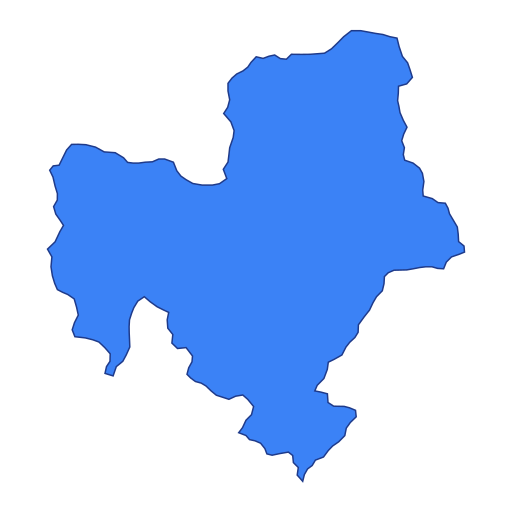 Coqueiral, Minas Gerais, Brazil
{"feature_id": "56859067B68228561117509", "entity_name": "Coqueiral", "entity_type": "district", "adm_level": 2, "iso_a3": "BRA", "parent_name": "Brazil", "parent_adm1": "Minas Gerais", "projection": "mercator", "projection_center": [-45.418, -21.178], "detail": "fine", "context": "isolated", "style": "filled", "palette": "blue", "viewbox_px": 512, "rotation_deg": 0, "n_neighbors": 0, "source": "geoboundaries", "source_scale": "gbopen_adm2", "svg_char_len": 2950}
<svg xmlns="http://www.w3.org/2000/svg" viewBox="0 0 512 512"><path d="M301.5,54.4L291.4,54.3L286.4,59.2L280.3,58.6L274.7,55.0L269.0,56.2L263.1,58.4L256.2,56.8L251.0,62.4L247.8,67.1L243.0,70.9L236.7,74.0L232.0,78.1L228.0,83.3L228.0,91.0L229.7,99.8L227.7,107.3L223.7,113.5L230.9,121.9L234.1,130.6L233.2,137.5L229.7,147.7L228.9,154.9L228.0,162.1L223.3,169.3L226.8,178.6L219.5,183.7L212.3,185.1L202.2,185.1L192.8,183.5L186.1,179.7L180.9,176.1L176.8,170.8L173.4,162.2L164.6,159.0L158.8,159.0L152.4,161.8L145.2,162.2L138.5,163.1L133.2,163.1L127.6,162.4L123.6,157.8L115.2,152.7L104.2,151.9L95.5,147.1L85.9,144.7L78.3,144.3L71.6,144.4L66.6,150.0L62.3,158.7L59.1,165.2L53.2,165.9L49.7,170.2L53.0,177.1L55.1,186.1L57.4,193.6L57.3,200.1L53.6,206.6L55.8,214.1L60.3,220.5L63.5,225.4L59.9,231.6L55.1,241.8L47.5,249.1L51.9,256.9L51.0,266.8L52.4,275.8L54.7,283.4L57.4,289.6L62.6,292.3L67.8,294.5L74.2,298.9L76.6,307.3L78.3,315.1L74.5,322.6L72.2,329.8L74.9,336.7L85.3,337.9L92.9,339.8L98.9,342.0L104.8,347.6L110.2,353.8L110.0,361.3L106.5,366.6L105.0,373.4L113.1,375.9L116.3,366.6L122.8,361.3L126.2,355.0L129.8,347.0L129.5,339.5L129.2,332.9L129.1,326.6L129.5,319.8L131.7,313.0L133.8,307.7L137.8,301.1L144.3,296.7L150.1,301.7L157.0,306.7L163.8,310.1L168.7,312.4L167.2,319.8L167.8,328.2L172.8,334.5L171.9,343.1L177.5,348.5L186.1,347.6L192.5,356.0L192.0,361.8L188.7,367.8L187.0,374.3L190.8,378.1L195.4,381.5L201.2,383.1L205.9,385.9L211.1,390.9L216.3,395.2L223.1,397.4L228.9,399.3L235.6,396.2L242.8,395.0L247.7,399.3L253.6,406.5L251.5,414.7L246.0,420.2L242.5,427.7L238.7,432.7L246.0,435.5L249.5,439.6L255.0,440.8L260.6,443.2L264.9,448.6L266.9,453.9L272.1,455.2L279.7,453.6L288.4,452.1L292.7,455.5L293.4,462.6L298.3,467.5L297.2,475.1L302.7,481.3L304.4,474.5L307.6,468.9L312.2,465.5L315.4,460.1L323.5,457.0L328.3,450.5L332.6,446.0L338.7,441.8L344.8,435.6L346.3,428.1L350.3,422.5L356.2,416.8L355.5,410.3L349.5,407.8L344.2,406.4L333.7,406.2L328.0,402.5L327.4,393.8L320.9,392.1L314.8,390.9L317.2,385.3L323.9,378.5L327.3,369.4L328.3,362.2L334.0,359.4L341.9,355.0L346.0,347.0L349.7,342.3L354.9,337.5L358.1,332.3L358.4,324.8L364.2,316.8L369.5,310.1L373.0,302.7L376.5,296.7L382.3,290.8L384.0,283.7L384.4,276.6L388.3,272.7L394.0,270.2L406.7,269.9L413.1,268.8L419.8,267.5L425.6,266.8L432.0,266.8L437.6,268.4L443.6,268.8L446.3,262.1L451.5,256.9L459.6,254.1L464.5,252.1L464.0,246.0L458.6,241.6L458.2,234.2L457.3,227.0L453.6,220.7L449.5,213.8L448.0,208.2L445.3,203.2L438.0,202.6L432.3,198.6L423.2,196.0L422.7,190.1L423.9,181.5L422.4,173.3L419.5,168.1L413.1,163.1L404.7,160.2L403.3,154.6L404.4,147.7L401.7,140.7L403.7,134.1L407.0,127.2L403.3,120.3L400.0,112.6L398.9,106.3L397.6,100.7L398.3,93.3L398.5,86.2L406.7,83.9L412.4,77.4L410.0,69.7L407.6,62.8L402.4,56.4L399.1,46.6L397.0,38.1L389.9,36.7L382.9,34.5L375.5,33.4L369.0,32.2L360.8,30.7L351.4,30.7L343.7,36.7L337.6,42.9L331.5,48.8L324.5,53.2L318.0,53.7L310.0,54.3L301.5,54.4Z" fill="#3b82f6" stroke="#1e3a8a" stroke-width="1.5"/></svg>